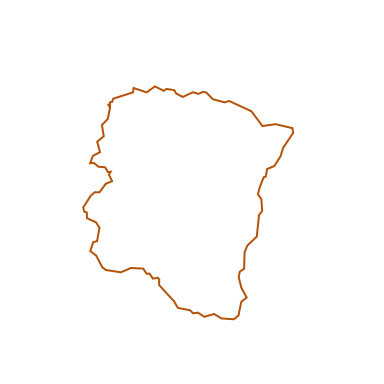 Demir Hisar, Demir Hisar, North Macedonia (Robinson projection), rotated 227°
{"feature_id": "65306769B51033238442002", "entity_name": "Demir Hisar", "entity_type": "district", "adm_level": 2, "iso_a3": "MKD", "parent_name": "North Macedonia", "parent_adm1": "Demir Hisar", "projection": "robinson", "projection_center": [21.142, 41.259], "detail": "fine", "context": "isolated", "style": "outline", "palette": "amber", "viewbox_px": 384, "rotation_deg": 227, "n_neighbors": 0, "source": "geoboundaries", "source_scale": "gbopen_adm2", "svg_char_len": 1322}
<svg xmlns="http://www.w3.org/2000/svg" viewBox="0 0 384 384"><g transform="rotate(227 192 192)"><path d="M115.2,206.8L115.2,209.0L129.4,225.2L130.3,230.4L139.4,237.8L145.4,238.7L149.2,244.6L153.9,254.4L153.0,256.5L157.6,262.6L154.8,270.0L157.8,281.2L162.1,288.7L166.3,306.5L170.2,309.0L184.7,299.3L192.2,288.5L210.5,290.5L233.2,281.3L235.3,277.0L245.5,270.6L254.9,270.3L257.6,268.6L259.3,263.7L264.3,260.8L267.8,250.1L274.7,247.6L278.5,248.5L284.7,243.7L285.4,240.3L294.5,236.9L295.8,226.8L307.9,220.2L305.1,216.8L314.0,198.0L312.4,195.1L313.6,193.4L311.1,191.0L313.7,190.3L309.7,189.8L302.9,180.3L302.4,171.8L293.0,165.5L293.4,157.0L283.9,151.9L286.0,144.2L282.5,137.1L280.3,140.0L274.2,140.9L269.3,145.3L264.0,144.1L262.3,146.3L261.4,143.1L254.5,141.0L256.8,134.3L254.9,124.2L258.2,120.6L258.3,115.4L254.9,101.9L251.2,99.8L248.7,101.1L244.5,97.3L235.4,101.1L228.9,100.0L220.8,89.0L222.7,85.5L218.1,77.3L210.8,78.6L198.1,75.0L193.7,75.8L181.8,85.2L178.1,95.5L169.2,104.1L163.3,103.0L161.2,105.3L155.3,104.3L152.7,108.5L150.4,108.4L146.4,104.5L124.1,104.3L116.9,102.6L106.7,110.0L102.6,110.0L99.7,114.1L92.3,115.9L87.7,125.0L79.4,127.3L70.4,135.8L70.0,141.8L78.0,153.0L77.6,160.0L88.5,162.9L97.7,168.0L101.1,172.4L100.3,177.7L112.1,189.4L115.1,196.0L115.2,206.8Z" fill="none" stroke="#b45309" stroke-width="2"/></g></svg>